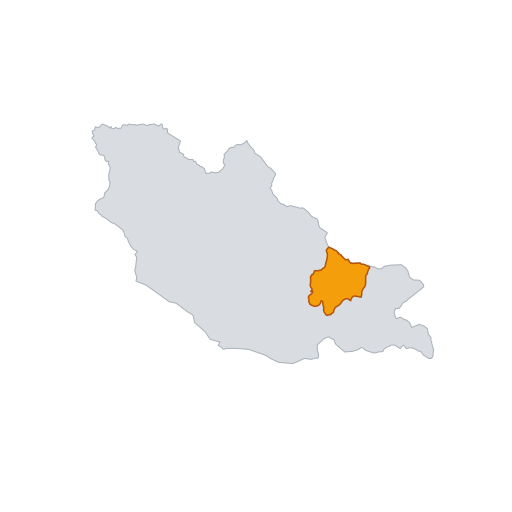 Mongolia, with Hentiy highlighted, rotated 28°
{"feature_id": "MNG-3315", "entity_name": "Hentiy", "entity_type": "Province", "adm_level": 1, "iso_a3": "MNG", "parent_name": "Mongolia", "parent_adm1": "", "projection": "mercator", "projection_center": [110.059, 47.757], "detail": "fine", "context": "in_parent", "style": "filled", "palette": "amber", "viewbox_px": 512, "rotation_deg": 28, "n_neighbors": 0, "source": "natural_earth", "source_scale": "10m", "svg_char_len": 7051}
<svg xmlns="http://www.w3.org/2000/svg" viewBox="0 0 512 512"><g transform="rotate(28 256 256)"><path d="M53.7,217.2L55.2,217.2L57.5,215.4L57.8,213.0L58.5,211.6L64.0,210.9L66.6,211.7L67.0,210.1L67.4,209.9L68.8,211.2L70.1,210.7L71.0,210.1L71.8,208.2L73.7,208.5L76.9,206.4L76.8,202.8L78.1,201.9L81.0,201.2L81.4,199.5L82.0,199.1L84.2,198.6L87.9,196.7L89.6,196.5L90.9,194.9L94.2,192.7L99.2,191.7L99.6,190.6L104.1,187.2L109.0,187.0L110.3,184.0L111.1,183.8L114.5,187.3L115.9,186.8L116.4,185.5L118.5,185.5L119.4,187.9L120.5,188.9L135.1,189.9L135.5,190.8L136.4,196.5L139.0,199.2L139.6,200.4L143.6,200.0L145.9,202.2L149.4,202.1L151.1,202.6L154.5,200.7L155.3,200.6L156.3,201.7L158.0,200.9L161.1,202.8L163.5,202.5L164.7,203.3L166.2,202.6L169.6,203.2L172.4,206.2L174.3,206.0L176.6,204.0L177.2,202.6L180.6,201.9L182.5,200.6L183.7,199.4L185.6,194.9L186.0,190.4L184.3,189.7L182.8,188.1L182.0,185.7L181.8,183.9L180.2,181.3L180.4,180.0L181.3,177.7L181.8,174.0L182.9,171.9L185.2,170.8L185.4,169.3L186.9,166.5L190.5,164.8L192.6,161.6L193.7,158.3L195.5,160.0L200.2,162.3L204.2,163.4L206.7,165.7L213.6,166.3L225.2,171.9L227.6,171.6L234.4,173.9L235.0,174.7L234.9,178.9L235.4,180.0L235.7,184.4L237.0,186.7L236.6,189.3L237.2,190.1L238.9,190.5L241.6,193.3L247.7,195.2L249.5,197.0L253.6,198.2L255.8,197.4L259.3,197.9L260.5,197.6L262.7,195.5L264.2,194.9L272.1,193.2L274.3,191.8L275.8,191.5L282.0,192.9L286.3,194.9L292.5,194.7L295.4,197.0L296.7,199.2L299.1,201.1L307.8,201.9L308.2,202.4L308.0,207.0L308.4,207.7L314.0,212.7L316.6,214.1L324.5,213.9L336.6,217.1L339.5,216.1L342.1,217.7L343.1,217.6L351.0,213.5L352.2,213.7L360.4,212.2L365.6,210.1L369.6,210.2L372.7,208.4L374.1,204.9L379.3,200.8L388.4,195.5L394.1,196.3L397.3,198.2L400.8,201.9L402.7,202.9L406.4,203.2L411.6,200.7L414.4,201.3L416.9,202.5L418.6,204.4L410.4,223.4L410.3,224.5L407.7,228.5L407.2,234.7L403.9,237.0L404.3,240.5L405.1,241.8L408.7,245.3L409.9,244.9L410.9,243.4L412.9,242.1L416.4,242.5L419.6,241.9L423.5,243.1L427.0,246.0L432.3,239.7L437.1,238.9L441.5,239.7L444.8,244.0L448.9,245.9L449.9,248.4L451.5,249.3L452.0,250.5L456.8,255.4L457.8,258.5L459.2,260.8L459.2,263.1L458.8,264.2L456.8,265.4L449.9,264.8L445.9,262.6L444.4,263.8L439.1,263.4L436.1,264.3L434.1,265.2L432.9,266.7L431.9,267.0L431.1,267.0L429.5,265.7L428.1,265.8L427.7,266.1L426.8,269.9L422.3,269.9L420.8,269.4L417.0,271.2L416.5,272.7L414.5,274.7L412.6,278.6L413.0,280.2L412.4,281.2L409.1,283.3L405.9,286.3L399.4,287.5L396.3,287.8L394.0,287.0L391.7,287.5L390.0,290.9L385.7,295.1L379.4,299.1L368.3,296.6L366.9,296.0L364.6,293.5L358.1,293.4L356.2,295.1L354.6,297.6L351.8,305.8L354.4,310.4L357.3,313.4L358.5,315.5L358.5,317.3L356.5,318.1L353.7,321.1L346.8,323.8L339.2,333.6L325.8,339.3L317.5,339.7L311.0,339.2L293.3,341.9L281.9,346.9L273.4,351.3L271.5,353.3L270.7,353.7L269.1,352.9L264.6,352.6L264.6,348.9L254.6,351.1L246.6,346.7L235.0,344.1L232.6,343.2L228.7,338.3L226.6,337.6L221.5,337.4L207.5,335.2L201.0,337.1L172.4,333.3L162.0,334.5L161.6,334.1L160.9,330.9L156.0,326.1L155.4,324.9L155.2,323.0L151.2,313.1L148.6,311.6L148.9,307.4L145.1,307.7L140.9,306.1L136.5,303.1L134.4,300.9L131.3,300.3L127.5,296.3L125.8,295.5L116.6,293.9L112.0,294.4L107.0,293.3L101.3,293.2L99.5,292.3L97.9,292.4L94.6,290.6L92.4,291.0L89.7,285.1L90.3,281.4L91.4,279.2L94.0,275.9L93.9,274.6L92.8,271.6L94.3,266.2L93.8,262.8L92.3,259.0L90.4,258.1L87.6,252.8L86.7,248.8L85.5,245.9L82.6,244.2L81.7,241.7L80.8,241.6L80.2,242.4L78.5,242.7L76.8,241.2L75.8,239.4L74.7,238.9L72.9,239.0L71.2,239.8L69.3,239.4L67.6,237.8L63.3,235.3L63.2,233.4L62.6,232.1L61.3,231.8L60.0,230.5L55.8,228.9L55.7,228.0L56.8,226.0L53.9,224.4L52.8,222.6L54.4,220.4L53.7,218.8L53.7,217.2Z" fill="#d9dde1" stroke="#a8b0b8" stroke-width="1"/><path d="M316.0,214.1L316.5,214.1L318.3,213.8L319.7,213.8L320.6,213.6L321.9,214.0L322.2,214.0L323.5,213.7L325.1,213.8L325.4,213.9L325.7,214.1L326.4,214.4L326.7,214.5L327.2,214.4L327.3,214.6L327.4,215.0L327.5,215.2L327.7,215.3L328.0,215.4L330.7,215.2L331.4,215.5L331.8,216.0L332.0,216.0L333.0,216.2L336.4,217.2L336.9,217.2L337.5,216.9L338.0,216.6L338.5,216.1L338.7,215.8L338.8,215.7L339.6,216.4L339.8,216.6L340.5,216.8L341.7,217.6L342.3,217.7L342.8,217.8L343.3,217.7L344.7,217.2L346.3,216.4L348.5,214.7L350.2,214.1L350.4,214.0L350.8,213.5L351.0,213.3L351.3,213.3L351.6,213.4L352.2,213.7L352.5,213.7L352.8,213.7L353.1,213.7L354.5,212.9L355.1,212.7L359.8,212.4L361.0,211.8L361.9,213.3L362.0,213.4L362.0,213.5L361.9,213.6L361.8,213.8L361.6,214.0L361.6,215.0L362.0,217.6L362.5,219.1L362.5,219.6L362.5,220.0L362.2,220.9L362.1,221.3L362.3,222.0L362.8,223.2L365.2,227.8L366.0,229.7L366.2,230.5L366.4,231.5L366.4,232.7L366.1,233.5L365.9,234.7L366.2,238.0L366.8,239.3L367.0,239.5L367.5,240.6L368.1,243.0L367.2,243.2L366.8,243.4L366.6,243.5L365.9,243.6L362.0,245.0L361.3,245.5L361.1,245.8L360.8,246.1L360.6,246.3L360.5,246.6L360.4,246.9L360.3,247.2L360.3,247.6L360.2,248.5L360.2,249.1L360.3,249.9L360.5,251.0L359.0,250.9L357.4,250.6L357.2,250.6L356.4,250.9L355.9,251.3L355.5,251.6L354.2,253.1L353.8,253.9L353.6,254.3L353.4,254.9L353.0,258.3L352.7,259.6L351.8,261.4L350.6,263.4L350.3,264.1L350.1,264.8L350.1,266.2L350.1,266.6L350.2,267.2L350.6,268.6L350.7,269.0L350.7,269.4L350.7,269.7L350.6,270.0L349.8,271.2L349.6,271.5L349.6,271.8L349.7,272.3L347.2,274.5L346.4,275.2L345.7,275.1L344.8,274.8L342.2,273.2L341.1,272.1L340.7,271.4L340.3,270.3L340.1,269.8L339.8,269.4L337.8,267.3L337.1,266.2L336.7,265.5L336.4,265.1L336.1,264.9L335.3,264.9L334.8,264.9L334.7,265.2L334.6,265.7L335.0,267.4L335.0,267.7L335.0,268.1L334.5,269.8L334.1,270.7L334.0,270.8L332.0,272.5L331.4,272.9L330.8,273.1L327.7,273.4L326.4,273.3L324.6,271.9L324.2,271.6L323.9,271.2L323.5,270.2L323.2,269.6L322.0,268.4L321.6,267.6L321.6,267.4L321.5,267.1L321.5,266.9L321.5,266.6L321.5,266.3L321.6,265.9L321.7,265.6L322.6,263.8L322.8,263.2L322.9,262.7L323.0,262.3L322.9,261.8L322.9,261.3L322.8,260.8L322.6,260.6L322.3,260.5L322.1,260.6L321.9,260.8L321.5,261.5L321.4,261.6L321.1,261.5L321.1,261.3L321.2,260.0L321.1,259.6L321.1,259.4L320.8,258.6L319.3,257.9L318.4,257.3L318.0,256.9L317.6,256.3L317.4,256.0L317.2,255.3L316.7,253.8L316.6,253.5L316.1,253.1L316.0,252.9L315.8,251.8L315.7,251.6L314.9,250.7L314.6,250.1L314.4,249.3L314.3,249.2L314.2,249.1L313.9,248.9L313.8,248.7L313.9,248.3L314.1,248.1L314.2,247.8L314.3,247.3L314.2,247.1L314.0,246.8L314.0,246.6L314.0,246.4L314.3,246.2L314.9,245.2L315.0,244.9L315.0,244.7L315.0,244.3L315.0,244.2L315.0,243.8L314.8,243.7L314.8,242.9L314.8,242.7L314.6,241.9L314.7,241.7L314.9,241.3L315.0,241.1L315.8,240.9L316.4,240.7L316.7,240.6L317.2,240.2L317.5,240.1L318.0,239.6L318.8,238.8L319.2,238.5L319.4,238.3L319.9,238.1L320.0,238.0L320.2,237.8L320.3,237.4L320.5,236.5L320.8,235.7L321.1,235.2L321.3,235.0L321.5,234.9L321.7,234.4L321.9,233.8L322.0,233.3L321.9,232.9L321.7,231.8L321.3,230.8L321.2,230.1L320.9,228.9L320.4,226.7L320.2,226.1L320.0,225.4L319.9,225.2L319.7,224.2L319.6,223.9L319.2,223.0L318.6,221.7L318.2,220.9L317.7,220.3L316.9,219.6L316.7,219.3L316.4,219.0L316.1,218.8L315.8,218.5L315.4,218.0L315.6,216.0L316.0,214.1Z" fill="#f59e0b" stroke="#b45309" stroke-width="1.5"/></g></svg>